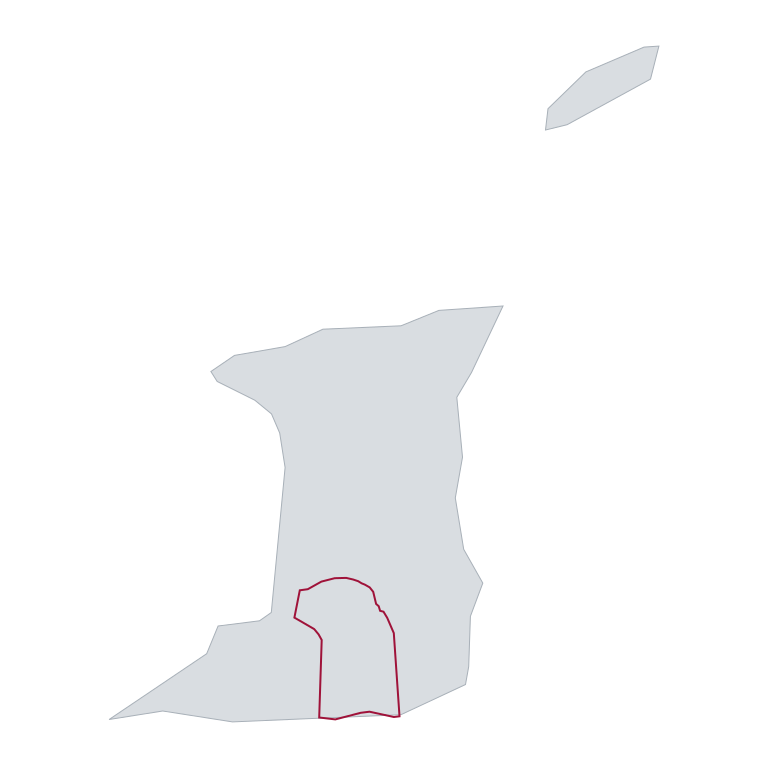 location of Princes Town within Trinidad and Tobago
{"feature_id": "TTO-57", "entity_name": "Princes Town", "entity_type": "Region", "adm_level": 1, "iso_a3": "TTO", "parent_name": "Trinidad and Tobago", "parent_adm1": "", "projection": "equal_earth", "projection_center": [-61.291, 10.201], "detail": "fine", "context": "in_parent", "style": "outline", "palette": "rose", "viewbox_px": 768, "rotation_deg": 0, "n_neighbors": 0, "source": "natural_earth", "source_scale": "10m", "svg_char_len": 978}
<svg xmlns="http://www.w3.org/2000/svg" viewBox="0 0 768 768"><path d="M465.5,684.5L400.9,714.7L232.5,721.9L162.7,711.0L109.1,719.5L206.7,653.7L218.1,626.0L259.5,620.8L271.3,612.5L285.1,467.5L279.7,433.0L271.5,413.9L254.8,400.2L217.2,381.5L210.9,371.5L234.5,355.4L285.1,346.6L322.9,329.2L401.0,325.8L438.9,310.4L503.0,306.0L471.5,372.5L456.8,397.3L462.5,457.2L455.3,497.9L463.7,549.3L482.8,583.1L470.4,616.3L468.7,666.6L465.5,684.5ZM567.1,124.7L545.5,130.0L548.0,108.7L585.9,71.9L644.0,47.1L658.9,46.1L650.5,79.1L567.1,124.7Z" fill="#d9dde1" stroke="#a8b0b8" stroke-width="1"/><path d="M399.5,716.3L393.9,717.0L369.5,711.7L360.7,712.8L335.3,719.4L319.2,717.5L321.7,640.0L318.6,634.4L314.2,629.1L294.4,617.6L299.8,590.3L307.8,589.2L321.4,581.6L334.7,578.2L346.2,577.9L353.1,579.5L358.2,581.2L361.6,583.3L364.8,584.6L369.7,587.4L373.2,591.8L376.1,603.9L378.7,606.2L380.1,610.8L383.5,611.7L387.2,617.8L393.8,633.1L399.5,716.3Z" fill="none" stroke="#9f1239" stroke-width="2"/></svg>